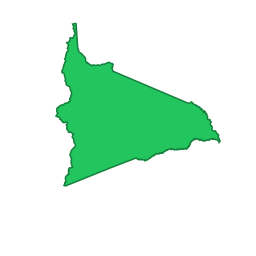 Picunches, Neuquén, Argentina (Albers equal-area conic projection), rotated 22°
{"feature_id": "61730980B43835404707600", "entity_name": "Picunches", "entity_type": "district", "adm_level": 2, "iso_a3": "ARG", "parent_name": "Argentina", "parent_adm1": "Neuquén", "projection": "albers", "projection_center": [-70.26, -38.618], "detail": "fine", "context": "isolated", "style": "filled", "palette": "green", "viewbox_px": 256, "rotation_deg": 22, "n_neighbors": 0, "source": "geoboundaries", "source_scale": "gbopen_adm2", "svg_char_len": 5781}
<svg xmlns="http://www.w3.org/2000/svg" viewBox="0 0 256 256"><g transform="rotate(22 128 128)"><path d="M91.7,205.2L127.3,170.9L146.4,153.1L146.8,153.1L147.0,152.9L148.2,153.1L148.4,153.0L148.7,153.4L149.4,153.4L149.9,153.2L150.0,152.8L150.8,153.1L151.5,152.2L152.0,152.5L153.1,151.9L153.4,152.0L154.8,151.6L155.2,151.8L155.4,151.6L155.9,152.0L156.1,151.3L156.6,151.3L156.6,150.9L157.0,150.5L157.5,150.6L157.8,150.4L158.3,149.8L158.3,149.2L158.7,148.9L158.8,148.6L160.0,147.6L159.9,146.9L160.2,146.6L160.2,145.9L160.9,145.7L161.0,145.0L161.6,144.5L161.7,144.1L162.1,143.9L162.4,144.0L162.5,143.3L162.9,143.0L163.1,141.9L163.6,142.0L163.7,141.6L164.8,140.8L165.6,141.0L166.5,140.0L166.9,139.9L166.9,139.6L166.7,139.4L166.9,139.1L167.2,139.2L167.6,138.8L167.8,139.1L168.4,138.8L168.6,138.9L169.2,138.6L169.3,138.1L169.7,138.2L170.0,137.7L169.9,137.1L170.2,136.4L170.8,136.2L170.7,135.7L171.3,135.2L171.4,134.5L172.0,134.4L171.9,134.1L172.4,133.4L173.0,133.5L173.1,132.9L174.1,132.4L174.9,131.4L175.4,131.5L175.6,131.2L176.5,131.7L176.7,131.4L176.2,131.1L176.5,130.9L177.1,131.1L177.3,130.8L178.3,130.6L178.5,130.9L179.3,130.9L180.3,130.1L181.3,130.0L181.4,129.6L181.9,129.4L182.0,128.7L182.3,128.9L182.6,128.5L182.8,128.4L182.9,128.7L183.1,128.4L183.7,128.7L184.0,128.5L184.1,128.2L185.5,127.7L185.5,127.1L186.1,127.3L186.2,126.8L187.5,126.8L187.5,126.3L188.3,126.2L188.8,125.7L189.1,125.9L189.8,125.9L189.8,125.7L189.5,125.5L190.6,124.7L190.4,124.2L190.8,124.0L190.7,123.6L191.1,123.2L191.0,122.7L191.4,122.6L191.7,121.8L191.3,121.7L191.6,121.3L191.5,120.9L191.8,120.0L191.3,119.5L191.6,119.2L191.3,118.7L191.7,117.9L191.6,117.6L191.8,117.3L191.6,116.8L191.8,116.7L191.8,116.2L192.4,116.0L192.7,115.5L192.7,114.4L193.3,114.3L193.3,113.6L194.0,113.7L194.0,113.3L194.3,113.5L194.8,113.4L195.5,112.7L195.4,112.4L195.8,112.4L196.3,111.9L197.8,112.5L198.3,112.0L198.8,112.3L198.9,111.8L199.6,111.8L199.8,111.4L200.0,111.8L200.3,111.5L200.8,111.5L201.7,112.0L202.4,111.6L202.9,111.7L203.3,111.3L203.8,111.4L204.0,111.0L204.3,110.9L204.2,110.5L205.4,110.1L205.7,109.8L205.8,109.3L207.2,109.2L208.0,108.6L208.0,108.2L208.3,108.0L208.4,107.7L208.2,107.6L209.1,106.6L209.6,106.7L210.1,106.5L210.3,106.8L210.7,106.4L211.1,106.5L211.3,106.2L211.7,106.4L212.2,106.0L213.1,106.0L213.4,105.7L213.7,105.9L214.0,105.7L214.3,105.8L214.8,105.4L215.7,105.5L216.1,105.9L216.2,105.3L216.4,106.0L216.7,106.3L217.2,106.2L217.4,106.6L217.9,106.8L218.0,107.1L218.3,106.5L218.0,105.2L217.8,104.9L216.8,104.7L216.4,103.6L214.8,102.5L215.0,101.3L214.3,100.3L212.3,99.7L210.2,97.9L208.2,98.8L207.2,98.6L206.4,98.1L206.2,97.8L206.1,96.6L205.2,94.9L204.9,94.7L203.7,94.7L203.4,94.0L202.7,93.7L202.6,93.0L203.0,91.3L201.7,91.0L201.1,89.8L200.7,89.5L199.6,90.3L198.7,90.3L198.5,89.5L198.1,89.3L197.6,88.5L197.6,87.7L196.9,87.3L196.0,86.0L194.9,85.9L194.9,85.6L195.3,85.3L195.2,85.1L193.3,85.1L193.5,84.1L192.5,83.6L192.3,84.0L191.9,84.1L192.2,84.8L191.9,85.0L191.6,85.0L191.5,84.5L190.5,83.4L189.8,83.6L189.5,82.9L189.2,82.8L188.7,83.4L188.3,83.3L188.2,82.6L187.2,82.4L186.8,81.9L186.1,81.7L185.4,82.1L184.6,82.1L184.3,81.7L184.0,81.6L183.3,82.0L182.8,81.3L181.3,81.4L179.3,81.1L178.5,80.5L177.6,80.5L177.3,80.1L176.3,80.7L176.1,81.6L175.1,82.5L92.5,81.0L92.4,80.4L91.7,79.7L91.3,79.0L90.9,78.9L90.6,78.0L91.0,77.3L91.0,77.0L90.3,76.3L90.1,75.6L90.5,75.2L90.5,74.7L89.6,74.1L88.7,74.5L86.2,74.2L85.5,74.4L84.4,75.2L84.3,75.6L82.4,77.5L80.2,78.5L79.1,79.9L78.1,80.6L77.7,80.8L76.7,80.6L74.9,82.0L72.0,82.6L71.2,83.3L71.0,83.8L67.1,83.1L66.3,82.6L66.3,82.9L65.9,83.0L65.0,82.9L63.6,81.6L62.6,79.6L61.8,78.7L56.9,76.4L54.1,75.8L53.3,74.9L52.6,73.5L51.8,73.4L40.8,50.8L40.0,50.8L38.7,51.5L38.3,52.1L37.7,52.4L39.5,54.1L39.5,54.5L40.1,55.7L40.0,56.5L41.9,57.1L41.7,58.4L43.4,59.7L43.5,60.8L43.3,61.7L43.5,62.7L43.3,63.2L43.3,64.5L42.8,65.7L41.3,65.7L40.5,66.2L41.2,68.3L40.9,70.1L40.4,71.0L39.2,71.8L42.0,73.6L41.8,75.3L42.0,75.9L41.8,76.8L42.7,77.4L43.4,78.2L43.4,79.1L43.2,79.7L43.3,80.2L42.8,80.6L43.0,81.7L42.9,83.0L43.0,83.5L43.4,83.8L43.3,84.6L43.6,85.9L43.5,87.9L44.7,88.6L45.3,89.4L45.1,90.1L44.7,90.9L45.1,92.5L44.9,94.4L45.6,97.1L45.2,99.4L45.7,100.0L45.7,100.7L46.0,101.3L46.6,101.5L47.1,101.1L48.2,101.4L49.1,102.4L49.3,103.0L49.8,103.5L49.9,104.0L51.8,106.0L51.8,107.4L52.0,107.8L53.7,109.3L54.1,110.1L54.1,110.6L55.5,111.4L57.1,111.4L59.3,112.1L59.6,112.5L59.8,113.7L60.6,114.6L62.2,115.7L62.8,117.8L63.2,118.1L63.0,118.6L63.1,119.4L62.9,119.7L63.5,120.3L63.0,122.0L63.1,123.2L63.3,123.5L64.0,123.5L64.3,123.9L64.1,124.9L63.2,125.8L63.4,126.1L63.4,126.7L63.0,127.2L62.0,127.5L61.9,127.8L61.2,128.1L60.1,129.0L59.6,130.1L59.6,130.4L58.5,131.3L57.5,131.7L56.0,133.8L55.8,135.1L55.6,135.5L55.0,135.6L55.1,136.0L54.8,137.0L55.5,138.0L55.5,139.1L56.5,140.1L57.4,140.3L57.5,140.9L57.0,141.8L57.2,142.3L56.7,143.8L58.7,144.1L60.2,143.9L61.7,144.2L62.0,144.7L61.7,145.4L63.1,145.6L63.7,146.2L65.0,146.4L65.4,147.2L66.9,146.9L68.8,145.5L69.7,145.5L70.1,146.1L69.9,146.9L70.0,148.0L69.7,148.3L70.8,149.2L71.5,151.7L72.1,152.3L73.8,153.0L74.3,154.1L74.7,154.3L76.4,153.3L77.0,153.2L79.0,154.4L79.8,154.1L79.8,154.7L79.5,155.2L79.5,156.1L79.7,156.5L79.6,157.1L79.9,157.7L80.9,158.0L82.3,159.4L83.3,161.7L84.4,162.1L85.5,163.4L86.0,164.7L85.8,165.5L85.3,166.2L84.0,169.5L84.0,172.6L84.4,174.7L84.8,175.4L85.4,175.8L86.1,176.7L87.0,177.1L87.2,177.7L87.2,178.6L87.5,179.0L87.5,179.5L88.2,180.6L88.3,181.7L89.0,182.4L89.9,183.8L90.6,184.3L91.3,185.1L90.6,185.5L89.9,186.4L88.6,187.0L88.3,188.1L88.5,189.2L89.4,189.5L89.1,190.2L89.2,191.1L90.4,192.2L90.3,192.6L90.4,193.5L89.5,193.6L89.3,193.9L89.2,195.1L88.6,196.1L88.5,196.8L88.7,198.0L89.1,198.5L89.6,199.7L90.2,200.1L90.4,200.4L90.3,201.0L90.5,201.7L89.9,202.0L89.7,202.4L90.5,203.2L90.1,205.1L91.7,205.2Z" fill="#22c55e" stroke="#15803d" stroke-width="1.5"/></g></svg>